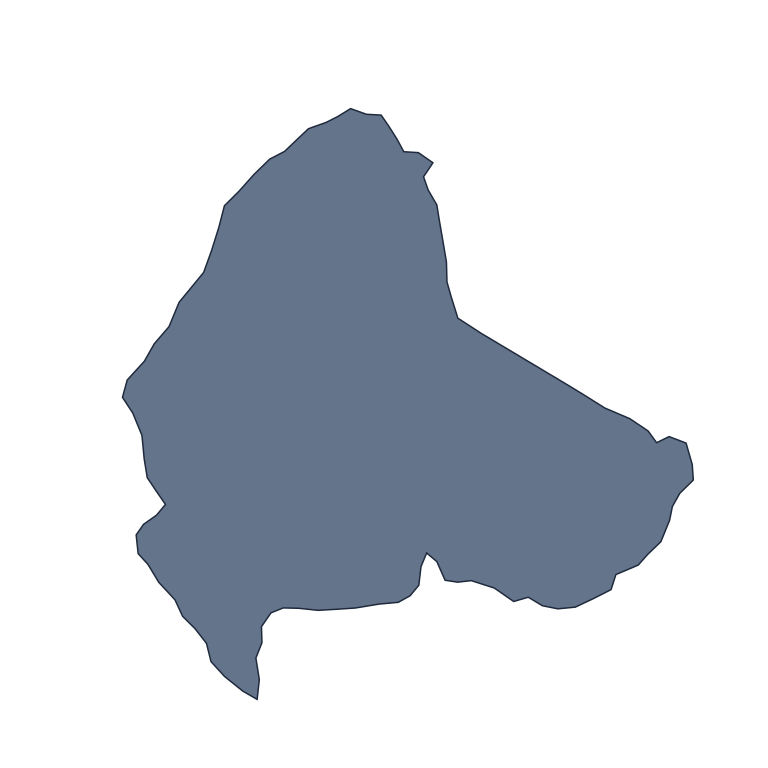 Arujá, São Paulo, Brazil, rotated 346°
{"feature_id": "56859067B32247478352498", "entity_name": "Arujá", "entity_type": "district", "adm_level": 2, "iso_a3": "BRA", "parent_name": "Brazil", "parent_adm1": "São Paulo", "projection": "albers", "projection_center": [-46.318, -23.38], "detail": "fine", "context": "isolated", "style": "filled", "palette": "slate", "viewbox_px": 768, "rotation_deg": 346, "n_neighbors": 0, "source": "geoboundaries", "source_scale": "gbopen_adm2", "svg_char_len": 1407}
<svg xmlns="http://www.w3.org/2000/svg" viewBox="0 0 768 768"><g transform="rotate(346 384 384)"><path d="M662.8,514.4L647.9,504.0L634.3,506.9L628.9,493.5L614.2,477.2L592.3,460.6L575.8,443.4L560.3,427.7L490.3,358.1L471.6,338.0L470.3,315.6L469.8,300.2L474.1,280.7L475.9,257.4L477.3,238.2L478.6,223.1L473.8,206.5L472.5,192.5L485.0,181.2L473.3,167.8L459.4,163.4L455.9,149.7L451.1,135.2L446.3,122.4L432.1,118.0L418.2,108.7L403.8,113.3L391.0,116.2L372.5,118.0L358.1,126.1L343.7,134.3L327.6,138.1L308.7,149.1L290.2,161.7L272.3,172.4L261.9,191.6L249.1,212.6L236.0,232.1L220.8,243.4L205.0,255.1L189.3,276.3L170.8,289.4L156.9,304.0L135.8,318.0L127.0,333.7L133.2,351.4L136.7,375.3L133.2,398.6L131.6,417.5L136.4,430.9L142.8,448.0L131.6,456.2L116.7,462.0L107.0,470.5L104.4,489.1L111.3,501.9L117.5,522.0L129.0,542.9L132.4,560.7L141.5,575.8L149.0,592.7L149.0,611.6L158.6,629.3L172.8,648.0L184.6,659.3L191.5,640.7L193.4,618.9L203.0,605.5L206.4,589.8L219.0,578.7L232.1,576.9L247.0,581.0L265.4,587.7L284.1,591.2L301.8,594.4L326.3,596.4L345.0,599.3L358.1,595.8L369.1,587.7L375.7,570.2L384.5,558.3L392.3,569.1L395.8,589.2L407.5,594.1L421.1,595.9L441.7,608.7L457.2,626.4L472.4,625.8L484.1,637.5L498.3,644.2L515.6,646.8L536.2,642.7L554.6,638.4L562.9,625.0L586.9,621.2L598.7,613.1L614.5,604.0L628.1,585.4L634.2,572.6L644.6,561.6L660.9,552.0L663.6,536.8L662.8,514.4Z" fill="#64748b" stroke="#1e293b" stroke-width="1.5"/></g></svg>